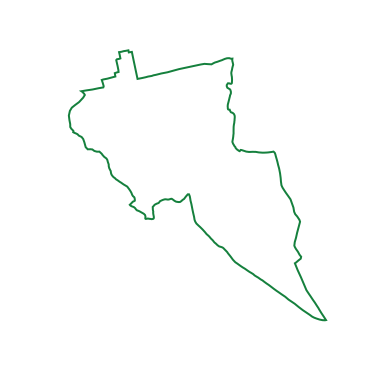 outline of Angkor Borei, Takêv, Cambodia, rotated 349°
{"feature_id": "14789045B52246577333094", "entity_name": "Angkor Borei", "entity_type": "district", "adm_level": 2, "iso_a3": "KHM", "parent_name": "Cambodia", "parent_adm1": "Takêv", "projection": "natural_earth1", "projection_center": [104.951, 10.971], "detail": "fine", "context": "isolated", "style": "outline", "palette": "green", "viewbox_px": 384, "rotation_deg": 349, "n_neighbors": 0, "source": "geoboundaries", "source_scale": "gbopen_adm2", "svg_char_len": 5086}
<svg xmlns="http://www.w3.org/2000/svg" viewBox="0 0 384 384"><g transform="rotate(349 192 192)"><path d="M257.1,68.8L255.9,68.7L254.0,67.7L251.9,67.4L249.7,67.6L247.8,68.0L246.6,68.3L245.0,68.5L241.9,69.0L239.8,69.2L239.0,69.3L237.6,69.7L235.5,70.4L232.0,69.5L228.7,68.6L224.9,68.5L219.6,68.6L214.1,68.7L208.4,68.8L202.7,68.9L197.3,69.3L190.8,69.8L184.4,69.8L179.0,70.1L176.5,70.1L174.6,70.4L171.0,70.3L168.4,70.5L164.5,70.6L160.7,70.6L160.1,70.6L159.8,51.7L159.7,43.0L156.6,42.9L156.6,40.8L153.7,40.8L152.0,40.7L149.4,40.9L147.1,40.8L147.2,43.5L147.2,47.2L146.0,47.4L143.6,47.4L142.8,48.1L143.0,54.2L143.0,58.3L142.8,60.2L141.1,60.3L138.9,60.6L138.8,64.0L130.5,64.6L126.4,64.6L124.8,64.8L125.2,67.8L125.5,71.3L124.9,72.4L119.9,72.3L113.9,72.4L107.6,72.1L102.7,72.0L103.5,72.8L104.9,75.0L105.3,76.3L103.2,78.6L98.3,82.2L93.9,84.3L90.1,86.3L87.6,89.1L85.7,93.5L85.4,98.2L85.4,102.1L84.9,105.0L85.6,106.9L86.7,108.5L87.3,109.7L86.8,110.6L87.7,111.4L89.0,112.2L90.6,113.4L91.7,115.1L94.1,116.9L95.3,119.2L95.8,122.5L96.2,127.7L97.8,130.2L100.3,130.6L102.3,131.2L104.0,133.1L106.4,134.3L108.8,134.7L110.7,137.3L111.1,138.3L112.5,140.7L114.4,142.8L115.0,144.4L115.1,146.3L115.5,149.1L115.2,150.7L115.3,152.8L115.9,155.0L116.2,155.9L116.1,158.0L116.3,159.5L116.8,160.7L117.5,162.0L118.3,163.0L119.0,163.7L119.8,165.0L121.2,166.3L122.3,167.5L123.4,168.6L124.4,169.5L125.3,170.5L126.5,171.7L127.4,172.5L128.2,173.2L129.5,174.4L130.2,175.9L130.8,177.1L131.3,178.3L131.9,179.8L132.4,181.4L132.7,183.2L133.0,184.1L133.3,184.8L134.3,186.1L134.5,187.0L134.4,188.8L134.2,189.6L132.9,190.1L132.1,190.2L130.6,191.3L129.4,192.1L128.5,192.7L129.1,193.7L130.5,194.8L131.9,195.6L133.1,197.0L133.7,198.4L134.6,199.6L135.9,200.3L137.2,201.3L138.8,202.7L140.0,203.7L140.7,204.4L141.5,205.6L141.6,206.7L141.6,207.7L141.1,208.8L141.3,209.5L142.5,209.7L143.6,209.6L144.8,210.1L146.1,210.5L147.0,210.9L148.1,211.0L149.0,210.9L149.6,210.2L149.8,208.9L149.8,207.6L149.8,206.2L149.9,204.9L150.2,204.1L150.2,201.9L150.4,200.6L150.6,199.2L151.8,198.3L152.9,197.4L154.5,196.9L155.2,196.7L156.1,196.6L157.1,196.4L157.8,195.9L158.9,194.9L160.9,194.4L162.5,194.1L164.2,194.0L165.6,194.4L167.0,194.9L168.4,194.9L169.7,194.7L170.8,194.8L172.3,196.3L173.1,197.3L174.6,198.5L175.7,198.9L177.2,199.4L178.4,199.5L179.8,198.9L181.2,198.0L182.9,197.3L185.1,195.3L187.4,193.5L188.6,193.7L189.0,195.8L189.0,197.8L188.9,200.3L189.1,203.7L189.1,206.9L189.1,210.7L189.2,214.5L189.3,216.8L189.2,219.7L189.5,221.6L190.3,223.8L191.9,226.1L193.4,228.1L195.3,230.9L197.1,233.9L198.2,236.0L199.1,237.2L199.6,237.8L200.5,239.1L201.7,241.3L203.1,243.3L204.4,245.8L205.5,247.1L206.9,249.1L208.3,250.6L209.9,251.4L211.4,252.3L212.2,253.2L213.2,254.8L214.2,256.3L215.2,257.9L215.5,258.8L216.4,260.5L217.4,262.4L218.5,264.7L219.2,266.2L220.2,267.8L221.1,269.2L222.6,270.7L224.0,272.2L225.6,273.9L227.4,275.7L229.3,277.4L231.4,279.6L233.3,281.5L234.7,282.7L236.5,284.4L237.5,285.8L239.0,287.2L240.7,288.7L242.0,290.1L243.3,291.4L244.3,292.2L245.5,293.6L246.2,294.4L246.8,295.0L247.4,295.7L249.6,297.9L251.5,300.0L253.7,302.5L256.3,305.3L257.9,306.9L260.3,309.4L263.5,312.6L266.2,316.0L268.4,318.2L271.5,321.3L274.9,325.4L278.2,329.1L280.8,331.7L284.1,335.0L286.2,337.3L288.0,338.7L290.1,340.0L293.0,341.6L295.9,342.8L298.1,343.3L299.1,343.3L297.9,340.3L295.9,335.5L294.3,331.2L294.0,330.2L292.8,327.3L291.5,324.0L290.1,320.9L288.4,316.8L287.3,314.3L286.3,311.9L285.6,310.2L284.2,303.6L282.7,296.6L280.8,288.8L280.2,285.7L279.4,281.6L280.4,281.2L281.5,280.6L282.7,279.9L284.2,279.1L286.0,278.2L286.8,276.4L285.6,274.1L284.6,270.9L283.2,267.8L282.5,265.7L282.2,264.2L283.3,260.8L285.4,256.7L287.4,252.1L289.3,248.2L291.0,244.7L292.4,241.8L292.1,239.7L290.6,236.1L289.1,233.5L288.5,230.9L288.6,226.6L287.9,222.0L287.3,218.0L285.7,214.4L284.0,210.7L282.8,207.8L281.7,205.0L281.1,202.5L281.3,198.8L281.7,195.3L282.0,190.4L282.0,185.6L281.7,181.8L281.6,178.8L281.4,176.0L281.1,172.9L281.0,170.9L280.7,169.3L279.7,167.9L277.7,167.9L274.4,167.7L271.9,167.4L268.9,166.9L265.2,165.9L262.0,164.7L259.0,164.1L255.7,163.6L253.0,162.7L250.5,161.3L248.7,160.3L247.8,160.0L246.6,161.0L245.6,160.3L245.1,159.6L244.7,159.3L244.2,158.7L243.5,157.6L243.2,157.0L243.1,156.1L242.5,155.2L242.0,153.7L241.5,152.4L241.2,150.5L241.8,148.9L242.6,146.8L243.2,145.0L243.4,144.2L243.6,143.6L244.0,142.4L244.3,140.7L244.7,138.8L245.3,136.0L246.0,133.8L246.6,132.4L246.8,131.8L247.1,130.7L247.5,129.6L247.7,128.6L248.1,127.3L248.4,125.7L248.4,125.0L248.1,123.6L247.5,122.7L246.8,121.9L246.1,121.6L245.4,121.1L245.0,120.1L244.7,118.4L243.7,118.2L243.2,117.7L243.1,116.8L243.3,115.6L243.4,114.5L243.9,112.9L244.8,111.0L245.6,109.3L246.4,107.6L246.7,106.9L247.3,105.7L247.8,104.4L248.9,102.8L249.3,101.2L249.2,99.4L248.8,98.4L247.9,97.6L246.6,96.4L246.4,95.5L246.3,94.8L246.5,93.7L246.9,93.3L247.9,92.2L249.2,92.4L250.1,93.0L251.3,93.2L251.9,92.7L252.5,90.5L252.8,89.0L252.9,88.1L253.1,86.7L253.1,85.2L253.2,83.2L253.5,81.9L254.2,80.4L254.7,79.3L255.2,78.0L256.0,76.3L256.7,75.0L256.7,72.9L256.6,71.1L256.7,70.1L257.1,68.8Z" fill="none" stroke="#15803d" stroke-width="2"/></g></svg>